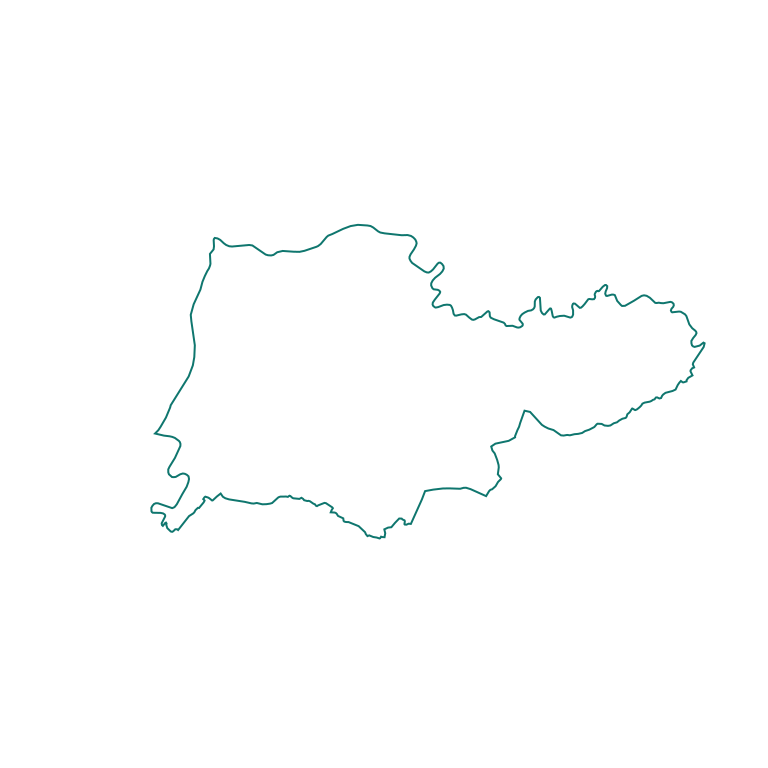 Dong Ha, Quảng Trị, Vietnam (Robinson projection), rotated 222°
{"feature_id": "81297802B80628180194499", "entity_name": "Dong Ha", "entity_type": "district", "adm_level": 2, "iso_a3": "VNM", "parent_name": "Vietnam", "parent_adm1": "Quảng Trị", "projection": "robinson", "projection_center": [107.071, 16.803], "detail": "fine", "context": "isolated", "style": "outline", "palette": "teal", "viewbox_px": 768, "rotation_deg": 222, "n_neighbors": 0, "source": "geoboundaries", "source_scale": "gbopen_adm2", "svg_char_len": 6166}
<svg xmlns="http://www.w3.org/2000/svg" viewBox="0 0 768 768"><g transform="rotate(222 384 384)"><path d="M164.6,603.8L167.7,605.3L168.5,606.9L171.2,625.4L173.0,628.8L174.3,628.5L175.1,623.8L178.0,619.4L179.4,618.8L180.9,618.8L182.7,619.9L184.4,621.7L185.0,625.0L185.2,629.0L185.8,630.9L187.0,631.7L188.5,631.9L192.3,631.7L197.0,632.6L204.7,636.8L206.9,637.2L211.7,636.3L213.2,635.3L217.8,630.1L218.7,630.0L220.0,630.6L220.7,632.3L220.7,634.8L221.3,636.4L222.6,637.4L224.7,637.4L226.1,636.7L230.4,631.0L232.4,629.4L234.2,628.3L235.5,626.7L236.7,625.8L244.1,626.0L247.8,625.3L250.1,623.9L251.5,621.9L254.0,613.0L257.2,603.4L259.3,601.3L260.8,601.2L266.3,601.8L271.9,604.5L273.2,604.0L274.5,602.9L277.2,598.6L278.1,598.2L280.0,599.1L281.2,601.1L282.4,604.6L283.6,606.1L285.3,606.1L286.0,605.4L286.5,602.7L286.4,597.0L286.9,596.3L287.5,596.2L288.1,595.3L288.2,594.3L287.7,592.2L287.1,591.2L285.9,590.6L284.9,589.3L284.7,587.6L286.0,586.2L288.4,584.5L288.9,583.6L288.4,577.6L288.4,574.5L288.7,572.5L289.5,571.6L295.8,571.5L297.0,570.7L297.2,570.0L296.7,568.5L295.7,567.1L292.8,565.3L289.9,562.1L289.2,560.0L289.3,559.2L290.0,558.0L295.8,555.3L298.8,552.2L300.7,549.5L301.7,547.5L302.6,547.0L304.1,547.4L308.1,550.4L310.2,551.7L310.6,551.7L311.1,551.3L311.2,550.2L311.1,543.3L311.9,542.5L314.1,542.5L316.7,543.5L325.8,552.4L327.1,552.4L327.8,551.5L327.9,548.3L327.1,546.2L323.9,542.5L323.3,541.1L323.2,539.3L323.9,537.2L325.9,534.7L327.3,531.2L328.0,528.4L328.0,526.2L327.5,524.2L326.8,522.8L326.1,522.3L321.3,521.6L320.4,520.8L320.1,519.8L320.7,517.4L321.7,516.0L322.9,515.1L327.4,513.3L331.7,509.1L332.8,508.9L334.3,509.6L336.1,509.7L345.6,505.7L349.1,504.7L350.8,505.3L353.5,507.9L355.1,508.0L355.7,507.1L356.6,498.9L358.1,497.3L359.7,492.7L360.6,491.4L361.8,490.7L365.2,490.4L369.5,490.4L371.2,489.6L373.1,487.5L376.1,483.1L377.2,482.3L379.2,482.7L382.2,485.0L384.6,486.3L386.6,487.0L388.0,486.8L390.3,485.1L392.5,482.6L395.2,477.4L396.7,475.4L397.7,475.0L399.9,475.0L401.1,475.6L402.2,477.2L402.7,480.6L403.2,488.5L403.8,490.0L405.2,490.4L407.0,490.0L410.5,487.6L412.2,487.6L414.9,488.8L416.3,490.5L417.1,493.6L417.1,497.2L416.0,503.2L416.0,506.7L416.8,509.7L418.6,511.4L421.0,512.0L423.3,511.9L424.3,511.0L424.7,509.4L424.2,502.0L424.5,499.1L425.3,496.8L426.8,495.6L429.3,494.7L444.1,492.8L446.7,493.3L448.9,494.2L450.1,495.5L451.0,498.1L451.8,504.0L452.8,508.2L453.9,510.4L455.3,511.4L457.4,512.3L460.3,512.5L463.0,512.1L466.1,510.5L470.4,506.4L484.3,496.4L488.1,494.1L490.5,493.5L496.7,493.1L499.7,492.4L502.4,490.7L509.9,484.8L514.5,479.0L518.2,471.9L522.8,460.8L524.7,457.0L525.0,454.9L524.7,445.7L525.3,442.4L526.1,440.6L532.2,429.8L535.2,425.7L539.6,421.9L548.3,415.1L551.5,410.5L552.5,406.0L553.9,404.0L556.3,402.1L558.6,401.0L574.5,398.9L577.2,397.1L588.9,384.5L591.2,382.8L594.3,381.7L597.3,381.4L602.1,381.5L605.1,380.8L607.5,379.3L607.4,377.9L606.8,376.9L602.5,372.6L600.7,370.0L600.4,364.2L593.4,357.2L592.5,355.6L591.4,352.7L590.9,349.7L589.4,344.4L587.3,338.5L583.6,331.3L578.8,315.9L573.9,306.1L569.1,301.7L550.5,286.2L543.0,277.1L538.5,269.9L534.2,258.9L528.3,225.5L527.2,223.4L523.6,213.2L521.4,202.7L520.8,198.7L521.0,194.0L513.0,198.4L508.3,201.7L506.0,203.0L503.3,204.0L498.3,204.5L496.7,204.2L495.2,203.3L493.8,201.6L489.9,189.2L488.0,178.9L487.2,176.2L485.2,174.0L483.4,173.0L479.3,173.0L477.8,174.2L476.6,175.6L475.0,180.6L473.6,182.9L471.9,184.0L469.8,184.6L467.5,184.6L465.3,182.9L463.7,180.1L461.9,175.6L460.2,167.2L457.5,156.0L457.3,152.7L457.6,151.5L458.4,150.0L472.2,144.1L473.7,142.8L474.6,141.0L474.6,138.7L474.1,136.4L471.6,133.8L470.7,133.5L469.7,133.6L463.8,138.7L461.6,140.0L459.6,140.3L458.8,140.0L458.0,139.1L456.0,131.7L454.6,130.6L453.4,130.6L453.6,134.3L453.3,135.1L452.2,134.8L451.5,133.6L448.6,131.9L443.8,131.7L442.5,132.4L442.1,133.5L441.9,136.4L440.6,137.6L439.3,137.7L440.5,155.4L439.2,160.1L439.1,161.7L439.7,164.1L439.5,166.8L439.4,167.5L438.5,168.1L438.8,175.3L439.2,177.0L439.4,177.4L441.3,177.5L441.6,179.6L441.4,180.7L438.8,181.9L437.4,182.2L433.8,182.4L433.4,183.0L432.9,188.7L432.1,193.3L428.3,192.4L425.5,192.9L421.9,194.6L408.7,203.2L402.6,206.6L400.8,208.0L398.9,210.5L393.9,213.2L390.9,216.1L388.6,218.9L387.5,220.7L386.7,228.8L386.3,229.9L385.6,231.0L381.4,234.9L379.9,235.8L379.5,237.7L378.6,238.1L375.9,238.1L374.9,238.4L370.0,242.0L369.2,244.2L367.2,244.5L365.6,244.2L362.7,245.7L362.0,246.6L360.6,247.3L356.5,247.8L354.7,248.4L353.2,248.0L352.1,248.4L351.7,249.8L348.7,255.8L347.4,256.6L340.0,257.7L338.9,257.5L338.5,255.1L337.7,253.0L334.6,255.5L333.5,255.9L332.3,255.9L329.9,255.2L324.4,256.9L322.5,255.3L321.4,255.2L319.9,256.0L317.9,257.7L307.7,261.4L298.9,261.2L297.1,260.3L294.5,259.9L293.7,261.6L289.6,263.1L286.7,265.0L284.0,266.2L283.7,266.8L284.0,268.6L283.0,269.0L281.1,270.5L283.2,273.9L286.5,276.2L284.9,280.0L282.7,282.5L282.9,288.2L282.7,294.2L280.8,295.8L279.6,295.7L277.6,296.4L276.7,296.0L275.1,293.6L274.4,293.5L273.2,294.5L272.2,296.7L270.4,298.0L278.6,323.6L281.8,331.9L276.7,338.5L270.2,345.9L265.3,350.4L257.3,357.1L255.3,360.2L253.6,361.8L249.3,363.8L233.1,369.0L234.2,374.6L234.2,376.0L233.8,377.2L233.2,378.1L232.7,382.7L233.7,387.5L233.5,391.6L233.8,392.3L239.0,393.1L242.9,398.8L244.7,400.5L249.1,403.3L255.3,406.5L258.9,407.1L262.5,409.3L261.3,414.2L253.3,425.2L250.9,432.1L251.7,432.9L254.0,439.1L255.0,442.6L256.7,446.1L261.7,458.2L256.7,461.0L239.4,459.3L236.1,459.8L232.1,460.9L227.2,463.2L218.1,464.3L216.0,465.9L213.8,468.7L211.5,470.3L208.9,474.1L206.3,476.9L204.0,480.2L203.1,483.5L200.9,487.4L199.1,492.2L198.9,493.0L199.0,496.4L198.7,497.4L195.5,500.0L192.4,500.7L189.5,502.8L188.0,504.7L187.0,508.5L185.2,511.5L184.8,514.2L183.6,517.7L181.7,520.5L181.8,522.0L182.9,524.3L182.5,527.4L183.2,531.7L183.0,532.0L180.0,532.6L179.7,532.9L179.0,534.5L178.5,537.8L178.4,540.1L178.8,542.3L177.9,544.5L174.7,548.7L173.9,550.4L173.6,552.0L172.7,553.6L172.9,555.9L172.1,556.8L169.7,557.5L168.7,559.0L169.4,561.2L169.5,562.9L168.9,565.8L164.9,571.9L163.6,575.0L165.0,579.7L165.4,582.6L165.4,584.9L163.2,585.1L162.5,585.6L160.9,588.4L161.7,589.4L162.0,592.2L160.5,596.8L164.7,598.5L165.3,599.3L165.5,601.9L164.6,603.8Z" fill="none" stroke="#0f766e" stroke-width="2"/></g></svg>